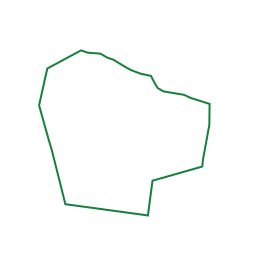 outline of Cedro de São João, Sergipe, Brazil, rotated 250°
{"feature_id": "56859067B48791321223866", "entity_name": "Cedro de São João", "entity_type": "district", "adm_level": 2, "iso_a3": "BRA", "parent_name": "Brazil", "parent_adm1": "Sergipe", "projection": "orthographic", "projection_center": [-36.887, -10.273], "detail": "fine", "context": "isolated", "style": "outline", "palette": "green", "viewbox_px": 256, "rotation_deg": 250, "n_neighbors": 0, "source": "geoboundaries", "source_scale": "gbopen_adm2", "svg_char_len": 489}
<svg xmlns="http://www.w3.org/2000/svg" viewBox="0 0 256 256"><g transform="rotate(250 128 128)"><path d="M70.1,133.0L66.4,184.6L72.4,187.5L103.1,205.5L122.7,212.9L134.7,197.3L140.0,192.0L150.3,173.8L155.3,169.6L161.8,168.3L169.1,167.4L174.8,158.3L181.5,150.5L188.3,144.7L197.2,137.6L201.2,132.6L207.3,127.5L212.5,116.0L217.0,110.4L211.5,72.6L206.2,69.1L179.7,52.2L146.1,49.6L133.0,48.8L125.2,48.0L77.8,43.1L39.0,116.8L70.1,133.0Z" fill="none" stroke="#15803d" stroke-width="2"/></g></svg>